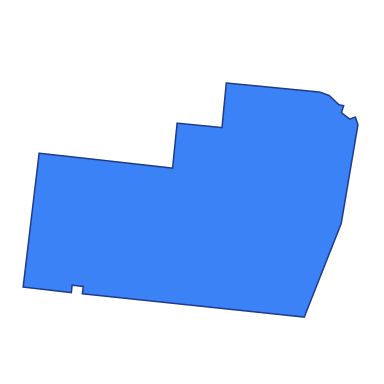 Glades, Florida, United States of America (Albers equal-area conic projection), rotated 6°
{"feature_id": "52423323B13826815912541", "entity_name": "Glades", "entity_type": "district", "adm_level": 2, "iso_a3": "USA", "parent_name": "United States of America", "parent_adm1": "Florida", "projection": "albers", "projection_center": [-81.165, 26.99], "detail": "fine", "context": "isolated", "style": "filled", "palette": "blue", "viewbox_px": 384, "rotation_deg": 6, "n_neighbors": 0, "source": "geoboundaries", "source_scale": "gbopen_adm2", "svg_char_len": 408}
<svg xmlns="http://www.w3.org/2000/svg" viewBox="0 0 384 384"><g transform="rotate(6 192 192)"><path d="M34.0,304.2L82.5,304.7L82.5,297.2L93.7,297.3L93.6,304.7L316.7,304.7L343.7,207.7L350.0,107.7L346.6,100.4L341.2,103.0L332.3,97.5L333.8,90.3L329.0,89.9L318.4,81.7L308.8,79.3L214.7,80.0L215.1,124.8L170.0,125.1L170.2,170.3L35.9,169.4L34.0,304.2Z" fill="#3b82f6" stroke="#1e3a8a" stroke-width="1.5"/></g></svg>